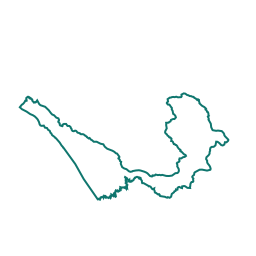 El Charco, Nariño, Colombia (Equal Earth projection), rotated 323°
{"feature_id": "7082276B87562004853041", "entity_name": "El Charco", "entity_type": "district", "adm_level": 2, "iso_a3": "COL", "parent_name": "Colombia", "parent_adm1": "Nariño", "projection": "equal_earth", "projection_center": [-77.861, 2.29], "detail": "fine", "context": "isolated", "style": "outline", "palette": "teal", "viewbox_px": 256, "rotation_deg": 323, "n_neighbors": 0, "source": "geoboundaries", "source_scale": "gbopen_adm2", "svg_char_len": 5851}
<svg xmlns="http://www.w3.org/2000/svg" viewBox="0 0 256 256"><g transform="rotate(323 128 128)"><path d="M190.8,133.5L189.8,135.1L189.0,135.3L186.4,133.6L185.3,132.0L183.9,131.5L182.8,130.4L181.5,129.7L180.5,129.5L179.7,128.9L177.0,128.8L175.9,131.0L174.4,131.1L174.0,131.4L173.9,133.0L174.1,133.5L174.9,133.9L175.2,135.2L175.0,136.4L175.1,138.4L174.1,139.5L174.0,141.0L172.6,143.9L173.1,145.1L173.1,147.0L172.6,148.4L170.5,148.8L169.5,148.0L167.2,147.4L165.9,148.3L164.4,148.0L163.7,148.2L161.6,146.8L161.0,147.9L160.3,148.5L158.7,151.6L155.8,153.0L154.9,154.0L154.8,155.1L155.2,156.4L155.0,157.9L155.5,159.0L155.3,160.1L155.5,160.7L156.1,161.0L156.3,162.7L155.2,163.8L155.2,164.3L154.8,164.5L155.3,165.0L155.5,166.0L154.9,168.4L155.6,168.9L155.7,170.1L156.3,170.7L156.4,172.2L156.1,173.1L156.1,175.3L156.7,176.9L156.0,177.6L156.4,178.0L156.2,178.9L156.5,179.2L156.9,182.7L157.7,184.1L157.5,185.2L155.9,185.2L154.2,184.4L152.3,184.4L150.9,183.3L149.7,184.2L149.4,185.2L149.1,185.5L147.9,185.7L146.5,185.3L145.8,185.5L145.1,187.4L144.2,188.3L143.9,191.0L143.2,192.4L142.3,193.3L141.0,193.7L140.4,193.7L138.6,192.6L134.5,192.5L132.0,191.1L129.8,189.4L127.1,186.0L125.8,185.5L125.1,184.5L123.5,183.6L122.0,181.8L120.7,182.0L120.2,181.4L119.3,181.3L119.0,180.7L118.2,181.2L117.9,181.1L116.7,179.6L116.3,176.0L115.8,174.6L114.8,172.8L112.5,169.6L111.3,168.3L108.8,166.7L105.8,165.2L105.1,165.2L103.5,164.4L102.7,163.1L102.0,160.0L100.6,158.0L99.8,155.7L100.7,152.2L102.2,150.9L101.8,149.9L101.8,149.3L102.3,148.5L102.3,147.4L102.0,146.8L102.1,146.4L103.4,146.2L103.8,145.8L103.9,141.9L103.1,140.8L102.8,138.9L101.9,136.8L98.9,132.0L98.2,128.9L98.5,126.2L96.6,124.0L94.7,120.1L92.4,118.4L91.9,116.0L91.4,115.1L91.3,112.9L90.4,112.8L89.7,110.6L89.9,110.2L89.5,109.3L89.5,108.6L89.1,108.2L88.9,106.9L88.3,105.8L86.7,104.7L86.4,103.4L86.2,103.4L85.9,102.5L84.9,101.3L84.9,99.5L84.6,98.7L84.0,98.2L82.8,98.0L81.9,97.0L81.9,95.6L82.4,94.6L82.3,93.9L82.7,92.7L82.4,91.1L80.9,89.9L81.0,87.5L79.3,86.2L77.9,86.0L77.5,86.1L77.1,86.9L76.6,87.0L75.4,85.2L75.4,84.4L76.2,83.2L76.0,81.2L76.4,80.7L77.2,80.6L77.8,80.0L78.2,78.4L77.0,76.6L76.6,73.3L75.6,71.7L75.4,70.0L75.4,66.2L74.6,61.2L71.8,57.1L71.5,55.5L72.1,51.3L70.0,52.0L69.5,51.9L69.3,51.3L68.2,51.2L68.0,48.5L68.5,48.0L68.7,47.4L67.3,45.2L67.2,44.5L67.9,44.7L67.4,43.3L66.6,42.7L64.7,42.9L63.5,45.2L63.2,45.1L63.3,44.4L62.5,44.3L60.6,45.2L58.7,45.6L57.2,45.5L54.1,46.3L54.6,49.1L56.9,53.9L58.3,58.1L59.7,60.5L60.5,62.6L60.9,65.1L61.0,66.9L60.5,69.7L59.6,72.0L59.6,73.3L60.4,74.4L62.2,75.4L61.9,77.8L63.3,79.2L63.1,81.4L63.8,83.1L63.2,85.2L63.5,86.1L63.1,88.0L64.0,91.1L64.0,92.3L64.3,92.7L64.7,98.5L64.4,102.2L64.6,103.6L64.4,104.6L64.6,104.8L64.2,125.0L61.9,142.1L60.9,166.8L61.2,166.9L61.3,166.6L61.5,166.9L61.5,166.7L62.5,167.1L62.8,167.5L62.9,167.3L63.6,167.7L64.1,167.5L64.4,167.0L65.1,167.1L65.9,167.6L66.2,168.2L66.8,168.3L66.7,168.6L67.3,168.2L67.5,168.5L67.7,168.0L68.1,168.4L68.3,168.1L68.6,168.7L69.1,168.8L69.1,169.6L68.6,170.0L68.2,169.8L68.1,170.1L68.8,170.4L69.2,171.0L69.8,171.0L70.5,171.8L70.5,172.2L71.7,172.2L71.8,173.0L72.1,172.7L72.1,171.9L72.6,171.8L72.8,172.5L73.5,171.5L73.8,171.6L73.9,172.5L74.4,172.6L74.9,171.3L75.4,172.3L75.0,172.8L75.6,173.2L75.6,174.1L76.2,174.1L76.6,173.7L77.0,173.8L77.1,174.2L76.7,174.7L76.7,175.4L77.1,175.4L77.9,173.9L77.7,173.2L76.9,172.4L77.3,171.9L78.4,172.3L78.5,171.6L79.1,171.7L80.0,170.9L80.4,171.3L80.9,170.7L81.3,171.5L81.9,171.5L81.8,172.9L83.1,173.1L83.2,172.6L83.8,172.3L83.5,171.7L84.2,173.0L84.6,173.2L85.2,171.5L85.8,171.6L85.4,172.2L85.9,172.3L85.9,171.3L86.3,170.6L87.2,171.8L88.5,172.5L89.0,173.6L89.8,173.4L90.0,174.1L90.0,175.2L90.6,174.5L90.7,175.1L91.1,174.8L91.2,175.3L91.8,174.2L93.1,173.2L92.8,172.8L93.1,172.7L93.1,171.2L93.5,171.1L93.2,170.5L94.1,170.3L94.2,169.6L94.5,169.6L94.4,168.9L94.8,168.8L94.9,168.1L96.0,167.8L96.2,167.1L95.9,166.8L96.1,166.5L96.0,165.5L96.2,165.4L97.0,167.8L96.7,169.0L97.0,169.8L96.7,170.4L98.0,170.2L97.0,171.9L97.9,172.7L98.8,172.4L99.1,172.8L99.7,172.5L100.1,172.9L101.1,172.9L101.8,172.3L103.4,172.2L103.6,171.8L105.8,172.4L106.4,173.4L106.5,175.3L107.3,175.4L107.6,174.8L108.0,175.4L107.4,176.8L107.3,178.6L106.6,179.5L106.2,180.6L107.3,181.5L109.4,186.3L109.4,187.0L110.0,187.2L110.7,188.5L110.6,191.1L110.8,191.7L112.5,192.0L111.8,192.6L111.4,194.3L110.8,195.3L110.8,196.1L111.3,196.6L111.9,198.9L112.5,199.2L112.6,199.7L113.1,199.8L113.1,200.4L112.7,200.7L112.7,201.7L116.1,205.2L116.9,206.7L117.5,207.3L118.2,207.2L119.3,208.8L121.1,208.8L123.3,207.0L126.1,207.0L126.9,206.5L128.1,206.9L129.3,205.9L129.9,206.8L130.4,207.0L131.7,205.6L132.8,205.6L133.6,206.0L134.1,207.3L135.0,208.5L136.1,207.2L137.9,208.1L138.6,209.0L139.4,211.5L141.5,213.3L142.0,212.3L142.9,211.8L143.4,211.0L144.7,209.9L146.2,209.4L147.3,210.1L148.2,209.8L148.9,208.4L149.8,207.7L149.7,206.2L150.1,205.5L151.1,205.2L152.5,205.2L154.1,203.7L154.9,203.6L160.1,204.4L162.1,205.8L165.5,209.6L168.6,210.9L169.4,210.4L170.1,208.7L170.4,207.0L170.3,204.1L170.7,202.8L171.5,201.8L171.7,199.8L173.0,198.6L176.2,198.2L177.7,197.6L178.8,196.2L179.9,195.6L180.6,194.5L182.1,193.4L183.6,193.5L185.1,194.6L187.4,194.5L190.2,192.0L191.2,192.9L191.9,195.1L192.2,197.8L193.2,199.0L194.9,199.2L196.9,197.7L198.0,198.7L200.1,198.5L200.9,198.0L201.1,197.6L200.5,193.0L200.6,191.7L201.1,190.8L201.3,189.4L201.0,186.9L198.3,184.2L196.7,183.3L194.4,180.8L194.3,180.3L194.9,177.5L196.7,174.4L197.3,169.8L197.8,169.6L198.2,168.9L198.6,167.0L199.9,166.9L199.9,166.2L200.6,165.4L201.4,163.6L200.9,162.8L201.4,161.0L201.0,159.9L201.5,159.2L201.9,159.2L201.6,157.3L200.5,154.8L199.9,151.3L200.5,150.6L200.8,149.0L201.5,148.5L201.6,148.2L201.1,147.1L200.1,147.2L199.8,145.1L199.1,143.9L199.1,142.6L198.2,141.8L197.7,140.7L196.4,139.5L196.0,138.3L195.1,137.3L194.4,135.0L193.3,133.9L190.8,133.5Z" fill="none" stroke="#0f766e" stroke-width="2"/></g></svg>